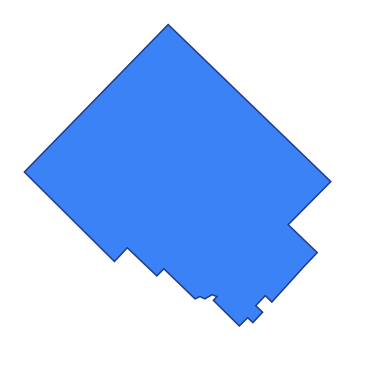 outline of Jim Hogg, Texas, United States of America, rotated 134°
{"feature_id": "52423323B38410477009705", "entity_name": "Jim Hogg", "entity_type": "district", "adm_level": 2, "iso_a3": "USA", "parent_name": "United States of America", "parent_adm1": "Texas", "projection": "natural_earth1", "projection_center": [-98.61, 27.071], "detail": "fine", "context": "isolated", "style": "filled", "palette": "blue", "viewbox_px": 384, "rotation_deg": 134, "n_neighbors": 0, "source": "geoboundaries", "source_scale": "gbopen_adm2", "svg_char_len": 446}
<svg xmlns="http://www.w3.org/2000/svg" viewBox="0 0 384 384"><g transform="rotate(134 192 192)"><path d="M88.1,325.5L294.1,326.5L295.9,199.5L277.1,199.8L276.8,159.0L266.8,158.9L266.8,115.5L261.7,113.7L259.9,108.5L251.9,106.2L249.9,101.4L255.1,101.4L255.5,64.9L243.8,64.6L243.7,57.5L229.4,57.7L229.5,67.2L215.7,67.3L215.7,58.1L167.1,59.7L148.6,59.8L148.7,100.1L88.1,99.4L88.1,325.5Z" fill="#3b82f6" stroke="#1e3a8a" stroke-width="1.5"/></g></svg>